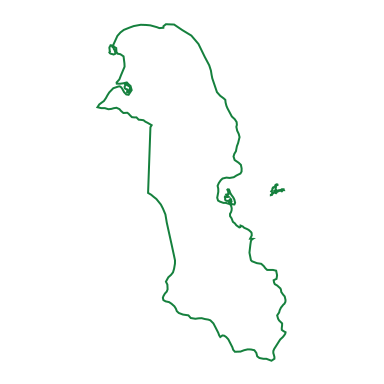 the district of Lahad Datu, Sabah, Malaysia, rotated 271°
{"feature_id": "92858781B71459572065664", "entity_name": "Lahad Datu", "entity_type": "district", "adm_level": 2, "iso_a3": "MYS", "parent_name": "Malaysia", "parent_adm1": "Sabah", "projection": "equal_earth", "projection_center": [118.4, 5.123], "detail": "fine", "context": "isolated", "style": "outline", "palette": "green", "viewbox_px": 384, "rotation_deg": 271, "n_neighbors": 0, "source": "geoboundaries", "source_scale": "gbopen_adm2", "svg_char_len": 5986}
<svg xmlns="http://www.w3.org/2000/svg" viewBox="0 0 384 384"><g transform="rotate(271 192 192)"><path d="M75.4,281.8L78.2,283.1L78.6,283.5L80.2,284.7L81.1,285.4L81.8,286.3L83.8,287.3L85.6,287.4L89.2,286.5L91.1,284.8L93.6,283.0L95.6,282.7L97.1,282.1L100.0,278.8L101.3,276.4L103.0,275.6L105.2,275.2L106.0,276.7L106.6,278.0L108.5,278.3L110.3,278.5L114.8,277.5L115.5,274.3L115.4,268.5L117.0,266.7L119.1,265.1L121.4,262.5L122.0,258.1L123.8,253.2L124.9,252.1L132.3,250.5L136.6,250.9L140.6,251.3L144.1,251.8L145.6,252.7L146.2,253.6L146.3,250.9L149.6,252.5L152.1,252.3L152.9,251.8L153.8,250.8L155.1,249.3L156.1,247.3L157.1,244.8L158.4,243.4L159.3,241.1L157.7,240.9L157.4,239.9L159.5,236.9L161.4,235.4L162.9,233.4L164.7,232.7L166.4,232.0L168.5,230.5L170.8,230.4L172.6,231.4L174.4,231.9L176.4,232.0L178.4,231.5L180.4,230.4L181.0,228.4L181.7,226.0L181.7,223.5L182.9,220.0L183.9,218.2L186.7,217.3L192.6,218.3L195.7,218.2L198.6,217.5L201.5,218.7L204.2,220.5L206.0,222.3L207.0,226.2L206.7,229.4L207.5,233.5L209.3,236.2L211.3,240.1L213.3,241.2L216.4,241.2L220.0,240.4L222.1,238.1L224.7,234.1L228.2,232.9L231.0,233.7L233.5,235.2L238.6,236.1L241.6,237.2L247.7,238.6L250.9,237.7L254.1,236.1L257.9,235.2L259.9,235.7L262.7,235.4L265.5,233.5L268.2,230.5L276.3,226.0L278.8,224.9L282.1,224.0L284.7,223.7L286.2,222.0L288.7,218.5L292.3,215.2L301.8,211.8L306.0,210.3L309.7,209.5L313.7,208.8L319.0,207.0L327.3,202.4L340.1,195.9L348.4,188.6L353.7,179.5L359.1,171.2L359.2,167.7L359.3,163.0L357.3,160.6L355.7,160.5L355.3,156.5L356.2,154.0L357.9,147.4L358.2,143.1L358.3,137.8L356.9,130.9L355.3,126.7L352.9,121.0L350.3,117.7L346.8,114.7L337.6,110.7L336.0,111.2L334.6,113.7L330.8,114.0L329.0,115.2L328.5,118.0L326.4,121.2L319.4,122.2L316.1,122.4L307.6,119.0L303.3,117.4L300.2,114.7L299.0,114.9L299.0,118.2L299.5,121.4L300.4,124.9L298.7,126.6L296.9,128.7L292.8,129.9L288.1,126.9L288.4,124.6L290.6,122.4L294.4,120.2L295.6,119.2L296.4,117.9L296.2,116.5L295.9,115.7L294.4,111.5L290.1,107.5L287.1,105.7L284.4,104.3L281.4,102.3L279.7,100.0L277.9,97.7L275.1,96.0L274.3,99.7L274.3,103.5L273.3,107.0L273.7,110.0L274.4,112.2L274.9,115.0L273.6,118.0L271.9,119.5L269.8,122.0L270.1,125.9L269.2,127.2L267.7,128.6L265.8,130.6L265.6,132.7L265.6,135.2L263.4,137.4L263.2,139.9L262.9,142.3L261.5,144.1L260.4,146.4L258.1,150.5L256.0,149.3L190.3,148.1L188.5,151.3L186.6,153.6L184.4,156.5L178.9,161.1L175.0,163.2L169.1,165.8L161.0,167.3L138.4,172.7L127.7,175.2L123.3,176.2L120.0,176.2L114.9,175.4L111.3,174.4L108.8,172.5L106.3,169.8L101.9,167.5L99.0,169.0L94.3,169.3L92.0,168.5L90.0,166.7L87.5,165.3L85.7,164.7L83.4,165.3L82.2,167.5L81.5,171.0L79.9,173.5L77.4,176.4L75.1,177.9L72.6,178.9L70.8,180.9L69.3,185.1L68.6,190.6L66.0,192.9L65.3,197.6L65.8,200.6L66.0,203.9L65.2,207.1L64.7,210.5L64.0,212.6L61.0,215.7L58.6,217.0L56.4,218.2L51.7,220.7L49.1,221.7L47.5,222.8L49.1,224.9L48.9,226.7L47.6,228.7L45.3,230.9L37.4,235.1L35.0,235.9L33.0,237.7L33.3,243.3L34.7,246.8L35.6,250.3L35.6,253.6L34.9,257.1L32.3,259.1L28.8,260.1L27.2,262.3L26.6,265.6L26.5,266.2L26.5,269.3L24.7,274.4L26.7,277.3L28.4,277.3L30.6,276.7L32.4,276.1L34.5,276.1L36.7,277.0L38.6,278.2L40.4,279.3L44.5,281.8L46.1,282.8L48.5,285.3L50.3,286.7L51.9,287.7L53.4,288.0L54.6,285.7L55.7,284.2L57.4,284.1L60.1,284.4L62.2,284.4L65.1,281.3L66.8,280.3L70.1,279.3L71.5,280.2L73.0,281.2L75.4,281.8ZM188.0,225.1L187.5,224.9L186.5,225.3L185.3,225.2L184.5,225.5L183.8,226.6L183.7,227.7L184.0,228.9L184.3,229.7L185.2,230.0L185.7,230.6L185.3,231.3L184.4,231.2L183.3,231.7L182.9,231.5L182.7,231.0L182.8,229.3L182.1,229.2L181.9,230.5L181.4,231.4L180.5,232.3L180.3,233.4L180.3,234.6L182.0,235.3L183.1,235.0L185.1,234.5L187.2,233.4L188.4,232.5L189.8,231.4L192.0,230.1L193.9,229.5L195.2,228.8L195.3,227.7L194.9,227.3L193.8,227.9L192.8,228.2L191.5,228.3L190.5,228.5L190.2,227.0L190.0,226.2L189.0,226.7L188.7,227.8L187.8,228.8L187.6,227.5L187.7,226.2L188.0,225.1ZM336.0,107.4L335.2,106.9L334.3,106.9L333.5,107.1L332.1,107.2L331.1,107.5L330.2,106.9L329.3,107.5L328.8,108.5L328.6,109.4L328.4,110.3L328.1,111.1L328.5,112.2L328.9,112.9L329.9,112.9L331.7,112.4L332.8,112.0L333.3,111.5L334.1,111.2L335.1,110.9L335.5,110.0L336.6,109.4L337.2,109.0L337.3,108.0L336.6,107.7L336.0,107.4ZM297.2,123.3L296.2,122.8L295.5,122.8L294.5,123.1L293.9,123.8L293.6,125.0L293.3,125.7L292.7,125.7L292.0,125.4L291.3,125.4L290.7,125.4L290.6,126.1L291.1,126.7L291.7,127.1L292.6,127.6L293.7,128.0L294.7,128.1L295.8,128.3L296.5,127.6L296.8,126.8L297.4,126.1L297.6,125.4L298.4,125.0L299.1,124.6L298.9,122.9L298.4,123.2L297.8,123.5L297.2,123.3ZM191.8,272.1L191.3,271.9L190.8,271.4L190.6,270.9L190.2,270.9L190.3,271.3L190.5,271.6L190.5,272.0L190.9,272.2L191.5,272.5L191.9,272.7L192.1,273.0L192.2,273.4L192.7,273.7L193.0,273.8L193.0,274.3L192.9,274.8L192.8,275.2L192.4,275.5L192.3,276.0L192.8,276.2L193.0,276.4L193.0,277.0L193.1,276.4L193.1,276.0L193.6,275.8L194.1,275.4L194.1,275.0L194.0,274.5L194.5,274.3L194.7,274.7L194.7,275.1L195.0,275.4L194.8,275.8L194.6,276.1L194.5,276.3L194.6,276.6L194.7,276.8L194.6,277.2L194.3,277.5L194.0,277.7L194.2,277.8L194.6,277.6L194.8,277.3L195.0,276.8L195.2,276.6L195.4,276.5L195.5,276.2L195.7,275.9L196.3,275.5L196.6,275.4L197.1,275.6L197.4,275.7L197.9,275.8L198.2,275.5L198.5,275.1L199.0,275.0L199.2,275.4L198.9,275.8L199.2,275.9L199.5,275.8L200.0,276.0L200.4,276.2L200.3,277.0L200.5,277.4L201.0,277.3L201.2,276.7L201.0,276.1L200.7,275.6L200.3,275.2L200.0,275.1L199.6,275.1L199.3,275.1L198.7,274.5L198.5,274.1L198.2,273.5L198.0,273.0L197.8,272.8L197.4,273.0L197.0,272.7L196.6,272.3L196.0,272.3L195.4,272.2L194.7,271.7L194.3,271.4L194.0,271.2L193.5,272.0L193.1,272.2L192.7,272.3L191.8,272.1ZM195.9,283.6L196.3,283.6L196.4,282.9L196.3,282.4L196.3,281.7L196.0,281.4L195.7,281.0L195.6,280.3L195.5,279.9L195.3,279.4L195.3,278.8L195.0,278.4L194.7,278.4L194.6,278.6L194.5,279.0L194.8,279.5L195.0,279.8L195.0,280.2L194.8,280.6L194.6,281.0L194.3,281.4L194.2,281.8L194.5,282.1L194.8,282.2L195.1,282.5L195.4,283.1L195.5,283.3L195.5,283.8L195.9,283.6Z" fill="none" stroke="#15803d" stroke-width="2"/></g></svg>